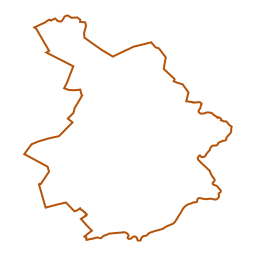 the district of Giulvaz, Timis, Romania
{"feature_id": "2599482B83282786366708", "entity_name": "Giulvaz", "entity_type": "district", "adm_level": 2, "iso_a3": "ROU", "parent_name": "Romania", "parent_adm1": "Timis", "projection": "natural_earth1", "projection_center": [20.989, 45.536], "detail": "fine", "context": "isolated", "style": "outline", "palette": "amber", "viewbox_px": 256, "rotation_deg": 0, "n_neighbors": 0, "source": "geoboundaries", "source_scale": "gbopen_adm2", "svg_char_len": 5860}
<svg xmlns="http://www.w3.org/2000/svg" viewBox="0 0 256 256"><path d="M187.6,204.6L189.1,204.0L190.1,203.7L190.8,203.5L191.3,203.4L192.4,202.9L193.1,202.5L193.4,202.4L194.0,202.3L195.6,202.3L196.5,202.0L196.9,201.7L197.2,201.3L197.3,199.8L197.6,199.0L197.9,198.7L198.4,198.4L198.7,198.2L199.2,198.1L199.7,198.0L201.1,198.3L201.7,198.5L203.0,198.8L204.0,198.9L204.8,199.1L206.2,199.1L207.0,199.1L208.1,198.9L210.9,198.7L212.0,198.9L213.0,199.1L214.3,199.5L215.3,199.5L216.1,199.4L216.9,199.1L217.3,198.8L218.0,198.0L218.8,197.0L219.0,196.6L219.1,196.2L219.1,195.8L219.0,195.3L218.7,194.8L218.5,194.2L218.8,193.5L219.2,193.1L220.1,192.6L220.4,192.3L220.7,191.9L220.8,191.6L220.8,190.9L220.8,190.6L220.6,190.2L219.7,189.2L218.9,188.5L218.4,187.9L218.2,187.3L217.6,186.6L216.9,186.1L216.2,185.7L214.8,185.1L214.2,185.0L213.9,184.9L212.9,184.2L212.8,183.9L212.7,183.5L212.7,183.1L212.8,182.7L213.4,182.0L214.1,181.4L214.5,180.8L214.6,180.5L214.7,180.3L214.7,180.0L214.6,179.6L214.3,179.0L212.8,177.0L212.3,176.4L211.7,175.5L211.4,174.8L210.6,173.2L210.3,172.5L210.1,171.9L210.0,171.5L209.8,171.1L209.6,170.7L209.2,170.3L208.0,169.2L205.2,166.5L203.5,165.0L202.5,164.0L202.1,163.7L198.7,160.3L198.1,159.6L198.0,159.3L197.8,158.7L197.7,158.4L197.8,158.1L198.0,157.5L198.5,156.8L198.8,156.2L199.2,155.7L199.7,155.4L199.9,155.4L200.0,155.5L200.4,155.9L200.6,156.2L200.9,156.4L201.4,156.8L201.6,157.0L202.2,157.2L202.9,157.1L204.2,156.8L205.1,156.2L205.8,155.2L206.3,154.2L207.2,153.0L209.6,150.2L210.1,149.2L210.2,148.7L210.6,147.7L211.2,146.8L211.7,146.3L212.1,146.0L213.2,145.6L213.7,145.5L215.3,145.6L215.8,145.5L216.3,145.4L217.0,145.1L217.5,144.8L217.7,144.3L217.7,144.1L217.8,143.8L218.1,143.3L218.4,142.9L218.7,142.7L219.3,142.3L220.8,141.8L221.9,141.2L222.6,140.9L223.7,140.7L224.5,140.6L224.9,140.5L225.3,140.4L225.7,140.2L225.9,140.0L226.2,139.6L226.2,139.4L226.3,138.6L226.3,138.1L226.4,137.8L227.0,137.0L227.4,136.5L229.1,134.5L229.4,134.3L230.3,133.3L230.7,132.6L231.1,131.8L231.2,131.0L231.2,129.3L231.3,128.6L231.3,128.0L231.6,126.9L231.7,126.7L230.7,125.9L229.1,124.9L227.4,122.7L227.2,122.5L226.4,121.5L226.3,121.4L225.8,121.4L225.1,121.5L224.4,121.3L223.7,121.3L223.4,121.1L223.2,120.9L221.7,120.6L221.1,120.4L220.9,120.2L221.2,119.6L221.2,119.2L221.0,118.8L220.5,118.2L219.0,117.4L218.3,117.2L217.8,117.2L217.5,117.8L217.4,117.7L217.3,117.4L217.3,117.2L217.1,117.0L216.1,116.4L215.3,116.0L214.4,115.3L214.1,115.0L213.2,114.6L212.9,114.2L212.1,113.3L211.7,113.0L211.4,112.9L210.6,112.8L208.2,112.4L207.6,112.4L206.1,112.6L205.7,112.8L204.6,113.3L201.6,113.7L201.1,113.7L199.5,112.9L199.3,112.8L198.7,111.9L198.5,111.5L198.5,111.1L198.9,110.4L199.2,109.6L199.6,109.2L200.1,108.6L200.3,108.1L201.0,105.0L201.6,104.3L201.6,103.8L201.5,103.5L201.3,103.3L200.3,102.5L199.7,102.2L199.1,102.1L196.5,102.4L194.2,102.6L193.5,102.6L193.0,102.5L193.1,102.2L192.4,102.2L191.7,102.0L189.4,101.7L189.1,101.7L187.8,101.5L186.7,101.4L186.3,101.3L187.0,98.5L188.2,93.3L188.5,92.5L182.6,84.3L178.9,83.3L174.2,81.5L173.7,81.2L173.8,80.9L174.3,80.2L174.6,79.2L174.3,78.8L167.7,72.6L165.3,70.4L163.8,68.9L164.3,65.5L165.8,57.4L162.0,52.5L160.0,49.8L159.0,48.4L155.5,47.3L152.2,43.5L151.2,42.3L150.9,42.4L140.6,45.0L134.5,46.4L132.0,47.4L131.0,47.9L129.1,48.9L127.4,49.7L127.2,49.7L117.7,54.2L112.9,56.6L102.7,50.5L100.8,49.3L91.9,43.0L88.9,40.9L87.2,39.6L84.8,37.9L84.5,37.8L84.2,35.0L84.1,32.9L86.1,25.5L85.1,22.3L80.1,21.9L80.3,19.8L77.4,17.5L72.7,17.7L71.8,17.9L67.5,15.4L64.5,16.5L63.7,18.2L62.2,20.5L61.7,21.0L61.0,21.5L59.3,21.4L58.3,21.2L57.5,20.8L56.1,19.4L55.6,18.9L55.4,18.6L54.3,18.8L53.4,19.3L51.2,20.5L50.8,20.5L49.3,19.6L47.4,20.8L46.9,21.1L45.0,22.5L34.4,27.4L36.1,28.7L36.4,29.0L49.1,50.9L46.3,52.5L73.3,66.3L67.4,81.6L66.5,83.7L64.1,88.2L68.9,90.0L73.0,90.2L75.1,90.2L80.2,89.6L81.7,95.4L82.1,95.5L79.7,99.6L74.7,108.0L73.5,112.7L73.4,113.0L67.8,118.6L72.5,122.4L67.5,127.5L60.8,134.3L58.9,136.2L49.1,138.3L42.2,140.3L38.6,141.4L31.9,144.1L31.3,144.8L31.2,144.7L24.3,154.1L46.7,166.2L47.2,166.5L47.5,166.8L47.8,167.1L49.0,171.8L47.1,174.6L40.8,184.0L39.5,183.8L39.2,184.0L39.0,184.5L39.5,186.3L40.3,189.0L43.2,199.3L45.6,207.6L57.8,204.4L66.0,202.5L68.5,205.2L74.4,211.3L77.1,210.4L80.1,208.3L80.6,209.2L81.0,209.6L81.3,209.8L82.6,210.4L82.8,210.6L82.9,210.8L83.5,211.3L83.8,211.8L84.8,212.2L86.8,214.6L85.5,215.3L85.9,215.8L80.9,218.9L85.0,223.4L85.1,223.7L91.9,230.7L88.7,233.1L84.4,236.6L84.5,236.7L83.8,237.2L85.6,236.4L86.4,237.6L86.4,238.0L86.2,238.6L86.3,238.9L86.3,239.1L86.3,239.7L86.5,239.9L86.9,239.8L90.0,239.1L93.0,238.6L93.9,238.4L96.5,237.6L97.0,237.5L97.7,237.5L98.7,237.8L98.9,237.9L99.7,238.1L100.6,238.2L101.1,238.0L101.6,237.7L102.2,237.1L102.5,236.7L103.1,236.3L103.6,235.9L104.6,235.5L107.0,234.7L107.6,234.5L108.3,233.9L108.6,233.8L109.2,233.6L110.1,233.5L111.3,233.5L115.3,233.0L121.1,232.6L122.1,232.5L123.4,232.3L124.0,232.2L124.6,232.3L125.5,232.5L126.0,232.8L127.0,233.3L127.7,234.0L128.2,234.7L128.6,235.5L128.6,235.9L128.2,236.6L127.9,237.0L127.7,237.3L127.6,237.7L127.7,237.9L127.8,238.2L128.1,238.5L128.5,238.8L128.9,238.9L130.3,238.7L131.3,238.5L132.4,237.3L132.8,237.0L133.4,236.6L133.8,236.5L134.2,236.4L134.8,236.5L135.3,236.7L135.6,236.8L136.8,237.8L137.1,238.2L137.2,238.4L137.3,239.7L137.4,240.0L137.7,240.3L138.1,240.4L139.1,240.6L139.8,240.6L140.4,240.5L140.6,240.4L140.9,239.7L141.3,238.2L141.4,237.8L142.9,236.4L143.2,236.2L143.5,236.1L146.0,235.7L146.9,235.3L147.7,234.6L147.9,234.2L148.2,233.8L149.1,233.2L150.0,232.7L150.9,232.3L152.7,231.8L154.9,231.0L159.1,229.9L160.8,229.4L162.5,228.9L163.1,228.6L164.0,228.0L165.9,226.9L166.7,226.3L167.4,226.0L171.6,224.3L172.9,223.8L173.9,222.9L175.2,221.5L177.1,218.5L177.8,217.5L178.2,216.7L178.9,215.5L180.6,213.0L181.3,211.7L181.7,210.9L182.6,209.4L183.9,207.6L184.6,206.8L185.4,206.1L185.8,205.8L187.6,204.6Z" fill="none" stroke="#b45309" stroke-width="2"/></svg>